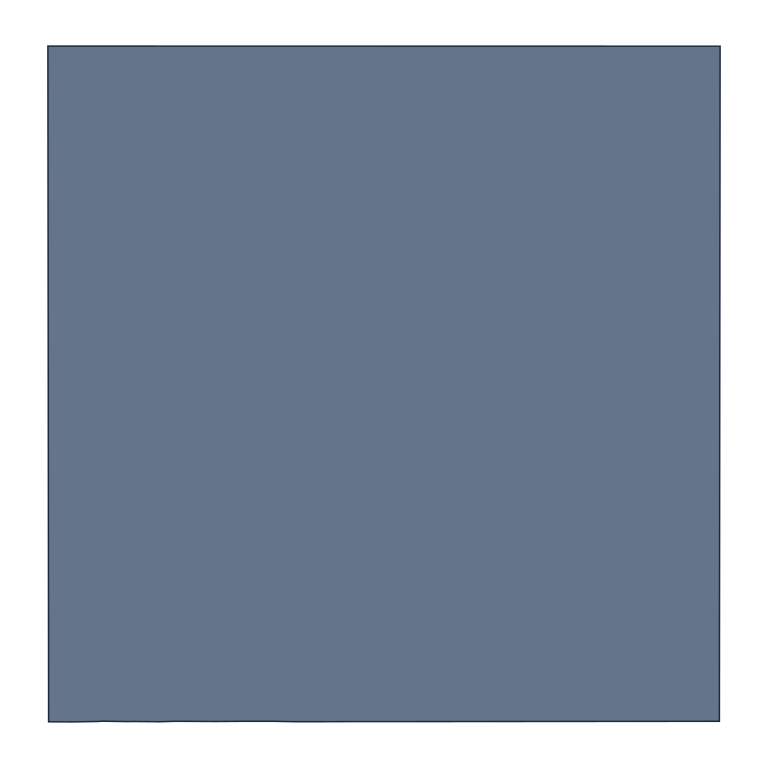 the district of Webster, Nebraska, United States of America
{"feature_id": "52423323B11090231595131", "entity_name": "Webster", "entity_type": "district", "adm_level": 2, "iso_a3": "USA", "parent_name": "United States of America", "parent_adm1": "Nebraska", "projection": "mercator", "projection_center": [-98.589, 40.176], "detail": "fine", "context": "isolated", "style": "filled", "palette": "slate", "viewbox_px": 768, "rotation_deg": 0, "n_neighbors": 0, "source": "geoboundaries", "source_scale": "gbopen_adm2", "svg_char_len": 411}
<svg xmlns="http://www.w3.org/2000/svg" viewBox="0 0 768 768"><path d="M377.7,721.6L398.3,721.6L719.4,721.3L720.1,46.2L713.4,46.2L52.2,46.1L47.9,46.1L48.6,721.8L72.3,721.9L97.9,721.5L100.4,721.3L102.1,721.2L128.0,721.6L132.6,721.5L156.2,721.7L158.2,721.8L175.6,721.3L215.6,721.5L245.9,721.3L272.8,721.3L294.5,721.7L320.3,721.7L350.1,721.6L377.7,721.6Z" fill="#64748b" stroke="#1e293b" stroke-width="1.5"/></svg>